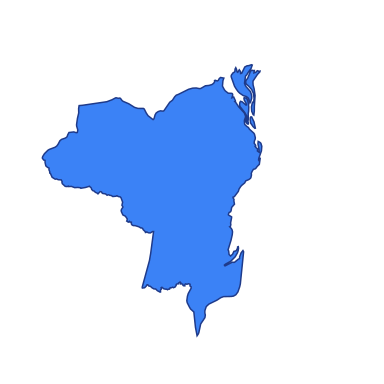 outline of Baribour, Kâmpóng Chhnang, Cambodia, rotated 62°
{"feature_id": "14789045B88819802206613", "entity_name": "Baribour", "entity_type": "district", "adm_level": 2, "iso_a3": "KHM", "parent_name": "Cambodia", "parent_adm1": "Kâmpóng Chhnang", "projection": "mercator", "projection_center": [104.462, 12.421], "detail": "fine", "context": "isolated", "style": "filled", "palette": "blue", "viewbox_px": 384, "rotation_deg": 62, "n_neighbors": 0, "source": "geoboundaries", "source_scale": "gbopen_adm2", "svg_char_len": 6056}
<svg xmlns="http://www.w3.org/2000/svg" viewBox="0 0 384 384"><g transform="rotate(62 192 192)"><path d="M267.6,174.5L268.7,177.1L269.3,177.8L271.6,180.4L272.9,181.1L273.2,181.5L273.0,182.5L274.0,187.4L273.9,188.0L273.1,188.9L272.9,189.6L272.8,197.3L272.4,197.8L271.7,197.7L271.4,196.3L271.3,190.2L269.5,184.3L267.1,180.5L265.4,178.7L263.4,177.3L262.0,176.8L261.9,177.5L262.9,178.1L264.3,180.0L264.6,180.9L264.1,182.9L266.0,185.4L266.6,188.0L264.6,188.6L261.2,187.3L260.0,187.3L252.8,180.1L248.6,176.5L246.2,174.9L244.4,174.4L242.8,174.4L240.4,175.0L240.5,174.3L239.0,173.0L237.5,172.5L233.3,169.1L232.5,168.7L229.9,170.3L229.3,170.6L228.7,170.3L227.5,168.8L227.6,167.3L226.9,166.3L224.2,164.2L222.7,160.2L219.5,159.2L218.3,158.4L216.6,158.5L215.8,158.2L216.0,156.8L213.2,150.8L211.5,149.1L210.0,146.4L209.5,145.0L208.7,141.2L207.4,139.3L207.7,136.0L207.4,134.1L207.0,133.3L204.9,131.5L203.5,131.0L202.1,129.4L200.8,127.1L201.2,125.5L201.1,124.6L200.0,122.3L199.2,119.6L194.3,116.0L194.1,116.4L194.7,117.2L196.1,118.1L195.0,118.2L193.7,117.3L188.3,111.4L184.4,108.9L181.3,108.3L179.9,108.8L178.4,109.8L180.5,111.2L185.8,112.8L188.5,114.0L187.8,114.4L186.5,115.0L184.7,113.9L182.7,114.7L181.3,114.8L181.3,114.1L180.2,113.9L178.1,114.2L176.3,113.0L174.9,111.3L173.8,110.6L170.3,109.7L169.0,109.8L163.5,111.8L161.5,111.9L159.9,112.8L157.2,113.7L156.3,113.5L154.0,112.5L153.0,111.8L151.3,109.9L150.2,109.1L146.8,108.7L138.7,110.8L133.5,111.3L132.3,111.7L132.4,111.1L131.6,110.8L127.7,110.6L127.5,112.5L125.5,110.5L124.3,110.2L123.6,110.5L121.8,113.6L118.5,115.1L116.9,115.4L113.9,115.4L112.8,115.4L108.2,112.4L106.4,110.4L104.3,113.0L104.6,114.6L105.8,116.4L105.8,117.6L104.2,119.1L104.2,119.8L105.1,120.1L106.1,121.7L106.5,123.8L105.9,126.9L104.5,130.3L104.7,135.6L104.2,136.9L102.1,139.5L100.6,142.7L99.7,146.8L99.4,158.2L99.1,160.4L99.8,162.6L101.8,166.2L102.3,169.5L107.0,178.5L107.1,179.1L106.8,179.9L105.5,181.8L105.1,184.1L105.4,186.5L106.5,188.3L109.5,191.2L109.8,192.4L104.0,195.0L100.7,195.3L96.3,195.2L95.4,195.7L92.8,200.5L90.3,203.0L84.4,206.4L79.7,210.2L78.5,210.8L75.8,211.2L75.2,211.6L74.6,213.2L73.3,214.6L73.0,215.3L73.0,219.3L72.3,224.8L64.1,247.8L62.7,251.1L65.2,253.0L69.0,254.9L73.1,258.5L78.3,262.3L79.6,262.9L83.6,263.7L85.6,265.3L85.6,265.8L84.7,267.0L83.5,268.1L81.7,272.7L83.1,274.8L84.5,276.3L84.8,277.3L84.9,278.6L84.3,282.5L84.7,284.5L87.0,287.9L87.9,289.8L88.2,291.8L87.4,298.0L87.5,299.7L88.9,304.3L90.6,307.2L91.7,308.2L92.5,308.2L94.2,307.9L95.1,306.9L97.0,307.9L100.3,308.8L102.4,308.0L103.8,307.0L105.3,307.9L107.0,308.0L108.5,308.7L109.2,308.3L113.3,308.6L116.3,306.9L116.7,306.3L116.8,305.5L118.3,304.4L119.9,301.8L122.0,301.8L122.6,302.4L123.8,302.6L127.5,301.3L128.6,299.7L128.7,298.5L129.2,298.5L130.5,295.8L133.1,293.5L134.4,290.6L136.0,288.4L136.5,288.4L138.0,283.9L138.8,279.8L139.8,279.6L140.4,279.2L141.4,279.1L142.6,279.4L144.3,278.9L145.3,277.9L146.9,277.5L148.2,276.4L149.5,275.9L148.5,273.0L149.4,271.9L151.0,271.8L151.4,271.5L153.1,269.2L155.0,268.5L155.1,267.4L155.4,266.8L156.4,266.1L157.1,265.0L158.8,264.1L160.1,261.0L159.9,260.4L160.1,259.9L160.7,259.7L161.5,259.1L162.7,257.6L163.8,257.4L168.4,258.0L170.8,260.1L172.7,260.0L173.1,260.3L174.2,262.4L175.2,263.3L176.3,263.6L179.8,263.8L182.1,262.2L185.3,261.8L186.5,262.6L187.0,263.3L188.7,262.4L188.9,262.0L188.6,261.6L188.5,261.0L189.5,260.8L190.2,259.7L191.6,260.5L193.0,260.4L194.1,259.6L195.0,258.0L197.2,255.8L198.2,254.9L199.6,254.2L200.0,253.4L201.0,252.7L202.3,252.8L205.1,251.9L205.9,252.1L206.1,251.7L206.0,250.7L207.5,249.7L208.6,248.0L208.4,245.4L208.9,244.5L226.8,257.3L232.5,261.7L252.7,280.7L253.5,280.9L254.3,278.8L253.7,276.8L252.8,275.2L253.1,274.6L254.7,274.3L255.8,273.0L257.8,272.3L259.7,271.1L260.6,269.6L262.9,268.9L265.4,267.2L265.5,266.7L263.8,265.9L263.3,264.6L262.0,264.2L262.0,263.3L264.3,262.3L265.5,260.8L265.8,260.1L266.8,259.5L266.7,258.5L267.2,257.4L266.6,256.8L266.3,256.1L266.8,255.6L267.0,253.7L267.8,253.3L268.0,251.7L267.1,249.9L266.2,249.3L266.2,248.2L266.7,247.1L266.0,246.6L266.0,245.9L266.4,245.5L265.9,244.8L266.9,244.5L267.8,245.3L268.3,244.2L269.2,243.4L270.2,243.8L270.8,243.5L271.5,242.4L270.2,241.6L270.1,240.8L271.1,239.8L271.3,238.2L272.6,237.0L274.0,237.9L275.3,237.3L276.6,238.0L279.9,243.0L281.9,245.0L285.5,247.6L287.5,248.2L292.5,248.3L294.6,248.2L298.8,246.7L313.2,252.5L321.3,255.0L320.3,253.1L319.4,252.0L312.6,246.3L309.0,239.6L306.9,238.0L305.0,237.5L302.9,236.4L300.1,233.5L299.6,232.4L298.9,229.6L299.2,220.7L298.8,216.2L299.2,213.2L302.6,206.5L303.4,204.2L303.3,201.5L301.8,198.4L298.2,194.5L295.9,192.5L269.0,174.5L267.6,174.5ZM106.8,101.6L107.5,102.6L108.6,103.3L118.6,104.8L121.7,104.6L124.8,104.2L127.1,103.5L130.9,101.5L133.2,99.2L135.1,98.3L136.4,98.2L140.5,99.0L139.8,97.8L137.4,95.4L135.9,94.5L133.6,93.7L130.6,93.3L124.4,94.8L122.8,94.9L120.6,94.6L115.0,90.5L114.6,90.0L114.3,88.7L112.9,86.5L110.6,81.8L108.2,79.2L107.5,79.8L107.1,82.4L106.4,84.2L106.4,86.7L110.5,92.4L110.2,93.5L108.7,92.8L107.5,92.7L106.3,92.9L107.8,95.4L107.0,95.8L104.6,95.1L102.8,95.0L103.6,96.2L105.6,97.5L106.0,98.3L106.1,100.1L106.6,100.7L106.8,101.6ZM122.6,85.9L118.9,79.0L117.8,75.7L117.2,75.2L116.9,76.3L115.7,77.1L115.6,77.6L116.3,79.7L115.9,81.4L114.0,79.9L113.4,81.1L112.6,81.9L112.5,82.5L113.1,84.0L117.6,89.3L118.9,91.9L120.0,93.0L122.0,93.5L125.0,92.3L129.6,91.2L133.8,91.5L138.4,93.2L140.7,94.8L141.7,96.1L141.3,96.4L141.7,97.0L144.8,99.6L148.8,101.4L152.3,101.7L153.1,101.3L150.0,99.1L145.6,96.7L136.4,91.0L130.1,88.7L126.2,87.8L123.6,86.6L122.6,85.9ZM143.7,102.0L139.5,100.4L136.1,99.7L134.5,100.2L133.2,101.6L133.5,102.1L135.3,102.7L139.1,102.6L140.6,103.0L140.7,103.5L135.9,105.4L134.7,106.6L135.5,107.8L137.3,109.0L138.9,109.5L146.7,108.1L150.4,108.0L153.7,109.2L155.2,110.5L153.3,110.2L154.8,111.4L156.2,111.5L157.9,111.2L158.4,110.4L157.6,109.8L156.0,109.5L154.1,108.1L149.1,105.5L147.3,104.1L143.7,102.0ZM158.6,107.9L162.9,107.4L165.3,106.6L165.4,106.1L159.1,104.3L153.7,104.1L153.3,105.0L153.8,105.7L155.6,106.8L158.6,107.9Z" fill="#3b82f6" stroke="#1e3a8a" stroke-width="1.5"/></g></svg>